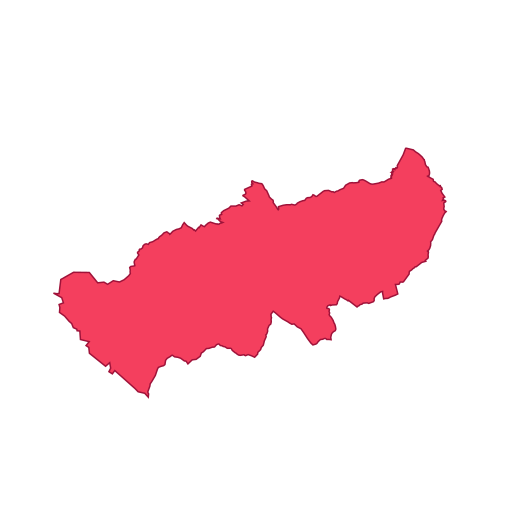 Livezile, Alba, Romania, rotated 311°
{"feature_id": "2599482B33376796576250", "entity_name": "Livezile", "entity_type": "district", "adm_level": 2, "iso_a3": "ROU", "parent_name": "Romania", "parent_adm1": "Alba", "projection": "orthographic", "projection_center": [23.576, 46.381], "detail": "fine", "context": "isolated", "style": "filled", "palette": "rose", "viewbox_px": 512, "rotation_deg": 311, "n_neighbors": 0, "source": "geoboundaries", "source_scale": "gbopen_adm2", "svg_char_len": 6110}
<svg xmlns="http://www.w3.org/2000/svg" viewBox="0 0 512 512"><g transform="rotate(311 256 256)"><path d="M435.4,298.3L428.9,300.7L416.9,303.3L415.7,304.6L415.4,304.7L415.0,304.7L414.4,303.7L413.8,304.2L412.4,302.9L412.6,303.8L412.3,304.0L412.2,302.7L411.0,302.5L411.0,302.8L409.0,303.3L409.3,303.8L408.5,303.5L408.5,304.0L407.9,303.5L408.0,304.4L407.6,304.2L406.5,304.9L406.7,305.3L405.2,305.3L405.3,305.6L405.6,305.8L405.1,305.9L404.9,305.7L404.5,305.9L404.4,306.5L403.7,306.4L403.4,307.2L401.0,305.7L396.3,304.2L395.2,303.4L394.6,302.4L391.4,300.7L386.8,297.0L386.0,295.9L385.4,294.5L384.6,289.8L384.0,287.4L383.4,286.2L381.2,284.5L380.6,284.4L379.7,284.9L379.3,284.8L379.0,285.2L377.0,283.5L374.8,281.2L374.6,280.6L372.5,278.7L368.2,277.2L364.6,277.7L360.9,275.8L358.7,275.1L357.8,274.3L355.3,273.4L355.1,272.0L354.2,271.2L353.1,267.7L350.3,264.9L348.8,264.3L340.9,262.8L340.2,262.0L340.0,259.9L339.6,258.8L337.5,259.1L335.7,258.5L333.8,256.6L332.6,256.1L329.9,256.3L328.5,255.1L325.9,253.6L323.0,252.5L322.0,252.6L320.5,252.2L319.8,251.7L318.3,248.9L317.2,248.3L314.8,245.5L312.1,243.2L308.0,240.6L306.2,242.4L305.5,242.5L305.4,242.0L306.3,239.4L307.6,233.9L308.5,233.3L309.3,232.2L309.1,230.3L309.3,227.3L310.0,226.2L312.3,221.2L312.3,218.7L313.1,216.7L313.5,216.1L314.3,213.7L314.3,212.8L312.6,210.2L312.4,209.4L310.8,206.3L310.4,204.0L309.9,203.7L309.2,204.0L308.7,204.6L308.4,206.2L307.6,205.5L307.1,205.5L306.7,206.0L306.6,206.6L306.0,207.0L298.8,203.7L298.1,204.3L297.8,205.8L297.0,206.9L296.4,207.4L295.6,207.4L293.3,206.4L292.9,206.6L293.2,208.8L293.1,214.7L291.0,212.6L286.4,210.1L286.6,212.5L284.6,212.5L283.6,209.6L280.5,208.1L277.2,204.3L274.3,204.1L269.1,201.9L266.0,201.4L265.1,202.2L264.8,202.8L263.2,201.8L262.6,201.8L261.0,203.7L260.6,204.6L259.0,201.8L258.5,201.9L259.1,203.4L258.7,204.8L258.7,206.1L258.9,207.5L259.5,208.9L258.2,208.3L257.3,207.5L255.7,207.2L255.3,206.5L254.9,206.5L254.7,205.4L254.1,205.1L251.6,199.3L249.5,198.3L245.9,197.8L244.4,197.9L243.9,196.8L243.4,194.1L240.1,194.5L240.0,193.9L235.2,194.0L235.3,192.4L234.8,192.3L234.9,189.7L233.7,184.9L233.7,183.3L234.1,179.9L231.4,180.2L228.4,181.1L226.0,180.1L223.8,178.5L220.1,177.0L216.5,176.9L215.8,176.7L216.2,176.1L215.8,174.8L215.9,173.8L215.7,172.8L213.2,171.4L209.6,171.2L207.4,170.6L206.0,170.6L205.1,170.9L203.6,170.1L198.9,168.6L196.3,166.9L194.1,167.1L193.4,165.5L192.4,164.6L191.4,164.2L189.5,164.1L187.7,165.0L185.8,164.6L184.8,163.7L184.1,163.8L183.5,164.5L181.1,164.2L180.5,164.7L179.9,166.9L175.1,167.6L174.3,167.1L172.0,167.7L171.2,168.3L169.2,170.9L168.2,170.3L166.0,168.4L164.5,168.2L162.9,170.3L161.4,171.4L160.3,172.7L157.5,172.9L151.4,172.0L146.8,170.0L143.7,164.5L137.3,162.6L136.5,158.4L131.9,154.1L134.2,141.0L124.0,129.0L110.2,124.1L98.5,132.0L96.8,130.3L95.1,127.5L97.1,136.7L94.3,141.4L90.2,139.2L88.4,141.8L84.5,144.7L85.1,151.0L84.1,157.8L84.1,161.2L82.1,165.1L83.2,168.8L82.2,170.0L83.8,172.3L77.8,178.3L81.9,186.3L76.9,186.5L77.3,189.8L73.3,194.1L74.1,214.8L79.5,215.6L76.0,219.9L72.2,220.9L72.8,224.9L76.9,224.6L76.6,251.5L76.2,256.1L79.4,262.1L78.8,267.3L81.5,265.4L81.9,264.3L82.4,263.5L88.1,261.3L90.1,260.0L92.8,259.7L99.8,258.4L106.1,255.8L107.9,255.4L110.2,256.6L112.6,258.2L114.3,258.5L118.0,256.2L120.5,256.1L124.1,257.3L125.6,257.5L126.3,258.1L126.5,260.7L128.3,263.5L129.4,266.2L129.8,270.8L130.6,271.9L130.7,272.5L129.9,275.4L135.8,276.0L138.7,278.6L143.7,279.7L146.9,278.4L149.3,279.1L153.6,279.3L155.3,281.0L158.6,282.9L159.7,284.1L160.4,284.4L163.2,284.4L164.9,285.3L165.3,286.0L165.0,287.7L166.2,289.7L166.1,290.4L167.2,292.4L167.4,294.4L167.7,295.1L169.8,297.5L169.8,298.5L169.3,299.6L169.2,300.7L169.3,303.7L169.6,304.8L169.5,305.7L169.8,307.8L170.7,309.3L173.6,311.7L173.6,312.5L173.9,313.5L176.4,314.7L177.7,317.9L178.7,321.4L183.0,321.6L184.4,320.6L188.3,320.9L190.5,320.0L193.5,320.0L197.4,318.0L201.6,316.7L202.1,316.3L202.9,315.2L204.4,315.2L206.8,314.2L208.6,312.5L212.3,311.4L214.2,311.8L215.5,311.2L216.7,310.4L217.9,309.1L219.7,308.1L219.9,307.5L221.9,305.5L225.6,305.2L225.8,307.6L225.8,314.6L226.0,317.4L227.2,323.1L227.5,325.6L228.0,327.8L229.8,329.4L229.6,333.6L230.6,337.7L229.6,341.8L227.5,349.1L226.3,354.5L226.2,357.3L228.9,359.0L229.9,359.3L232.1,359.1L235.2,359.4L237.0,361.0L238.4,361.6L239.2,362.3L239.5,363.2L239.4,364.1L240.9,365.8L242.1,367.6L243.6,365.8L246.4,364.3L247.4,364.0L249.6,364.1L251.7,364.8L253.2,364.2L254.9,362.2L256.2,360.2L256.7,358.7L258.0,356.4L259.1,353.0L259.3,350.7L259.7,349.7L261.3,349.0L262.2,347.4L263.6,346.7L264.1,345.5L263.0,343.9L263.6,343.2L265.4,342.8L267.7,343.9L267.5,344.7L269.0,345.6L272.0,348.7L273.5,348.5L275.0,347.5L279.1,346.5L280.7,345.6L281.1,346.7L282.0,352.0L282.3,352.5L282.5,354.9L283.2,354.9L283.8,365.7L285.3,365.9L285.8,366.3L287.4,366.4L289.3,367.6L290.7,367.8L293.6,370.6L294.2,372.2L298.6,374.6L299.9,374.4L301.5,373.0L303.2,372.5L306.5,372.8L310.7,373.6L312.3,374.8L311.2,375.7L307.4,380.5L309.1,381.8L310.2,383.0L311.1,383.6L313.3,384.4L317.9,386.9L320.4,387.9L326.0,379.9L328.0,382.0L328.9,382.5L330.9,381.9L332.7,384.0L333.5,384.2L342.8,383.4L344.5,382.1L345.2,381.9L347.6,382.6L349.4,382.7L350.9,383.2L352.3,383.2L353.1,384.0L359.9,385.3L363.4,387.6L363.7,386.6L367.2,387.2L368.3,386.6L369.9,385.0L372.0,383.7L372.4,383.1L372.1,382.9L372.2,382.2L373.9,382.4L375.7,382.1L378.3,381.0L380.4,379.4L381.2,378.5L384.1,378.4L388.2,376.7L389.7,376.5L391.0,376.0L404.1,373.4L404.7,372.6L406.0,371.8L409.3,370.8L412.1,370.2L414.3,370.4L414.3,369.9L413.9,369.2L414.4,367.1L415.5,366.2L416.6,365.7L419.1,363.0L419.7,363.0L421.3,363.5L421.9,363.3L422.0,362.5L421.2,361.5L421.5,361.1L420.3,360.3L422.4,359.7L422.7,359.1L424.4,359.8L425.4,355.3L426.7,352.4L428.4,352.8L429.3,351.6L429.5,350.3L429.2,349.4L430.0,348.9L429.2,348.0L429.1,344.5L429.4,342.8L428.8,341.0L430.1,339.4L429.3,335.9L429.3,334.8L428.8,333.9L428.8,333.1L430.2,333.7L430.8,333.6L432.5,332.6L434.0,331.0L435.9,327.7L435.4,326.3L436.1,324.0L438.2,321.2L438.4,320.5L439.1,319.8L439.0,319.3L439.7,316.5L439.8,313.9L439.8,311.4L439.3,308.1L439.3,305.1L436.0,298.8L435.4,298.3Z" fill="#f43f5e" stroke="#9f1239" stroke-width="1.5"/></g></svg>